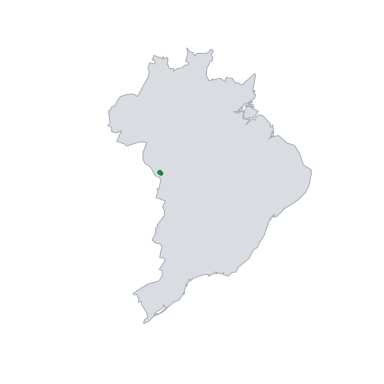 Corumbiara, Rondônia, Brazil shown in context, rotated 21°
{"feature_id": "56859067B10063501448175", "entity_name": "Corumbiara", "entity_type": "district", "adm_level": 2, "iso_a3": "BRA", "parent_name": "Brazil", "parent_adm1": "Rondônia", "projection": "equal_earth", "projection_center": [-61.091, -12.881], "detail": "fine", "context": "in_parent", "style": "filled", "palette": "green", "viewbox_px": 384, "rotation_deg": 21, "n_neighbors": 0, "source": "geoboundaries", "source_scale": "gbopen_adm2", "svg_char_len": 4823}
<svg xmlns="http://www.w3.org/2000/svg" viewBox="0 0 384 384"><g transform="rotate(21 192 192)"><path d="M123.8,81.7L126.7,85.0L130.4,83.4L131.5,85.6L133.5,82.5L138.5,79.4L139.5,76.4L142.7,74.8L142.9,72.9L139.3,72.2L138.4,64.2L135.3,59.2L139.5,61.7L143.2,61.6L145.8,64.2L146.6,61.1L156.0,57.2L158.0,54.6L157.9,52.2L160.7,52.1L161.5,53.2L160.7,57.3L163.1,58.4L163.9,61.7L162.3,64.2L161.5,70.8L163.3,77.8L167.7,81.8L169.6,81.2L170.6,79.0L172.2,79.5L177.3,75.8L183.6,77.0L182.6,74.0L183.6,72.1L184.9,72.9L189.0,71.5L193.6,75.0L195.6,73.3L200.0,74.6L208.2,58.9L209.5,60.5L212.3,74.9L213.7,77.2L216.5,78.4L216.8,82.1L212.1,89.0L209.2,91.3L205.4,100.8L201.7,102.1L205.6,102.4L211.3,97.6L212.5,103.7L214.0,105.6L220.0,103.5L218.2,110.3L220.6,104.8L223.3,101.7L224.7,102.6L225.3,101.6L224.7,99.1L226.6,96.1L231.2,95.4L241.1,100.7L241.8,103.4L243.2,101.5L245.5,103.6L246.1,105.8L244.9,107.4L245.4,108.2L246.7,106.7L247.0,108.1L245.8,109.7L245.1,114.3L246.7,112.4L247.8,108.9L248.0,111.4L252.5,108.2L262.8,112.2L271.1,111.8L279.2,118.1L286.3,126.9L295.1,128.5L296.8,131.7L298.9,144.4L297.9,152.6L294.2,160.9L284.3,174.5L284.3,173.4L282.3,179.6L279.2,185.0L277.7,185.9L276.8,183.4L275.9,184.6L274.4,190.5L274.9,207.0L272.8,216.4L272.9,220.2L270.1,224.2L269.0,233.6L262.2,245.5L261.7,250.9L257.9,253.1L255.9,257.6L251.0,257.8L250.1,256.0L249.6,257.9L242.2,258.4L242.5,259.9L237.6,263.6L234.9,263.6L230.1,266.7L224.0,272.3L222.8,275.0L221.8,274.0L221.4,275.2L220.1,274.6L221.7,276.2L220.3,278.0L219.7,280.9L220.5,287.4L218.9,296.9L213.8,302.3L207.3,315.2L201.4,321.0L201.4,319.1L205.5,316.7L209.2,309.6L209.4,308.4L207.0,309.2L205.7,306.9L206.3,309.1L205.6,311.8L201.9,316.1L200.7,319.5L201.0,321.4L198.1,327.9L194.3,331.9L193.6,331.4L193.6,328.1L195.8,325.2L192.7,320.6L185.6,315.4L183.5,312.5L181.4,314.0L181.3,312.0L177.3,307.4L175.3,308.6L173.3,307.9L182.3,295.5L183.4,295.5L183.2,294.3L193.1,286.8L194.1,280.6L192.4,276.1L189.3,276.1L191.5,265.4L189.5,263.7L185.3,264.7L183.4,253.4L180.0,251.5L177.4,252.8L171.9,251.2L172.8,243.8L171.1,237.9L172.7,236.5L171.3,234.9L174.7,223.9L173.0,218.8L169.9,216.8L170.3,210.0L160.4,209.9L160.1,204.2L158.2,201.4L159.9,201.3L158.7,191.9L155.6,189.7L151.7,190.0L144.8,183.8L137.5,182.1L134.4,178.7L132.2,173.4L132.1,162.2L125.7,163.5L114.6,172.4L111.3,171.3L103.7,171.7L104.1,160.2L100.3,164.0L95.2,164.3L94.1,160.7L89.6,160.0L90.8,156.9L85.1,146.4L86.6,144.5L86.4,141.6L89.7,138.3L89.2,135.6L91.0,128.5L96.7,123.9L102.4,121.5L106.9,122.4L110.0,99.5L108.7,94.4L106.3,91.7L106.4,86.4L111.4,85.8L110.5,82.9L107.5,82.9L107.6,78.1L116.7,78.0L116.6,76.0L118.0,77.8L121.0,75.1L122.5,78.1L122.7,81.9L123.8,81.7ZM214.9,91.5L225.1,92.9L222.6,100.9L220.8,101.1L220.4,102.5L218.9,101.8L217.3,103.9L213.5,103.9L212.1,99.8L213.1,98.8L211.9,97.4L212.7,92.7L214.9,91.5ZM206.2,101.3L207.8,95.5L209.4,94.7L209.3,98.2L206.2,101.3ZM217.7,88.7L216.7,90.9L214.4,90.4L214.8,89.0L217.7,88.7ZM214.2,86.3L213.8,90.7L212.8,90.3L214.2,86.3ZM219.3,91.5L217.8,91.7L217.2,91.4L219.0,90.1L219.3,91.5ZM212.7,91.7L211.2,93.1L210.6,92.4L211.6,91.1L212.7,91.7ZM215.4,87.8L214.7,86.9L215.9,86.0L216.0,86.8L215.4,87.8ZM214.6,76.4L213.7,76.6L213.5,75.0L214.4,74.9L214.6,76.4ZM220.7,291.3L220.5,290.0L221.2,288.8L221.4,289.1L220.7,291.3ZM238.5,263.1L238.6,264.6L237.6,264.3L238.5,263.1ZM220.6,281.8L220.2,281.1L220.9,280.2L221.1,280.6L220.6,281.8ZM246.4,111.4L245.8,113.1L246.4,110.7L246.4,111.4ZM277.2,186.1L276.2,186.6L276.8,185.3L277.2,186.1ZM244.8,259.0L243.8,259.5L243.6,259.2L244.2,258.5L244.8,259.0ZM275.4,189.1L275.0,190.0L274.8,189.4L275.4,189.1ZM243.7,100.0L243.8,100.9L243.5,100.8L243.7,100.0Z" fill="#d9dde1" stroke="#a8b0b8" stroke-width="1"/><path d="M157.4,187.1L157.4,186.9L157.5,186.8L157.4,186.7L157.5,186.4L157.6,186.2L157.8,186.1L157.9,185.9L157.9,185.7L157.9,185.4L157.9,185.2L157.7,185.0L157.6,184.9L157.6,185.0L157.5,184.9L157.4,184.8L157.3,185.0L157.2,185.0L157.1,184.9L156.9,184.8L156.7,184.9L156.7,185.0L156.5,185.3L156.4,185.3L156.4,185.5L156.2,185.7L156.1,185.4L156.1,185.2L156.2,184.9L156.2,184.7L156.1,184.4L156.0,184.5L155.9,184.5L155.8,184.4L155.7,184.2L155.4,184.1L155.2,184.2L155.1,184.3L155.0,184.5L154.9,184.7L155.0,184.6L154.9,184.5L155.0,184.5L154.9,184.4L154.7,184.3L154.7,184.2L154.4,184.2L154.2,184.0L154.1,183.9L154.2,183.7L154.0,183.8L153.9,183.8L153.9,184.1L154.0,184.0L153.9,184.2L153.7,184.2L153.7,184.3L153.6,184.5L153.6,184.8L153.5,185.0L153.5,185.3L153.4,185.5L153.3,185.8L153.3,186.0L153.2,186.0L153.3,186.2L153.4,186.3L153.5,186.2L153.5,186.3L153.8,186.4L153.9,186.5L154.0,186.5L154.3,186.6L154.5,186.7L154.6,186.8L154.8,186.8L155.0,186.9L155.0,187.0L155.3,187.0L155.5,187.0L155.8,187.1L156.0,186.9L156.0,187.0L156.3,187.2L156.5,187.1L156.7,186.9L156.8,186.9L157.0,187.0L156.9,187.0L157.0,187.0L157.3,187.1L157.4,187.1Z" fill="#22c55e" stroke="#15803d" stroke-width="1.5"/></g></svg>